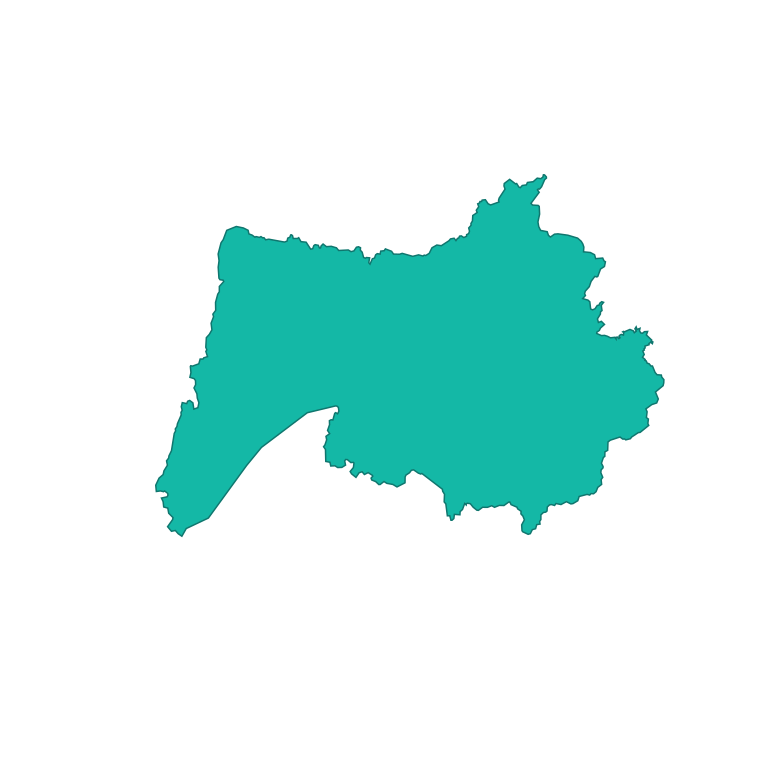 outline of Sangkhla Buri, Kanchanaburi, Thailand, rotated 230°
{"feature_id": "78962969B87118801609333", "entity_name": "Sangkhla Buri", "entity_type": "district", "adm_level": 2, "iso_a3": "THA", "parent_name": "Thailand", "parent_adm1": "Kanchanaburi", "projection": "albers", "projection_center": [98.539, 15.257], "detail": "fine", "context": "isolated", "style": "filled", "palette": "teal", "viewbox_px": 768, "rotation_deg": 230, "n_neighbors": 0, "source": "geoboundaries", "source_scale": "gbopen_adm2", "svg_char_len": 6159}
<svg xmlns="http://www.w3.org/2000/svg" viewBox="0 0 768 768"><g transform="rotate(230 384 384)"><path d="M599.6,372.1L602.8,362.3L597.9,353.6L596.9,349.9L590.2,340.5L584.5,336.9L580.1,332.1L571.2,325.6L569.3,325.4L566.9,327.5L565.5,327.1L564.6,320.6L560.5,317.1L559.7,314.4L554.8,307.4L548.6,302.4L547.5,297.8L545.1,296.7L541.7,290.6L536.1,287.0L534.3,282.1L533.7,277.7L526.7,271.1L524.0,270.2L523.5,268.5L518.4,266.4L519.9,262.8L519.5,261.4L521.3,259.2L518.5,255.1L520.8,248.8L522.2,247.7L521.9,246.9L516.8,243.4L513.9,239.6L510.1,242.0L507.8,241.8L504.6,239.3L503.1,235.9L496.8,234.4L493.2,231.9L488.7,230.2L485.5,226.2L487.0,222.2L492.4,225.5L496.3,224.6L497.0,222.5L495.8,220.3L499.4,217.5L496.9,214.1L493.6,212.5L492.8,210.3L490.6,208.7L486.4,200.3L484.5,198.0L483.7,195.2L482.0,194.2L481.0,191.6L469.5,178.3L467.2,173.1L465.7,171.4L464.9,168.0L461.0,165.9L458.9,159.6L456.6,156.6L456.5,151.2L453.2,144.1L448.0,140.5L445.8,144.0L443.2,145.9L443.1,147.2L439.2,148.0L437.6,146.9L437.0,145.3L439.7,140.2L435.9,139.2L431.4,136.2L427.9,138.6L423.4,136.0L417.3,136.5L416.0,134.9L413.8,126.5L407.8,126.5L405.9,130.0L401.6,130.1L397.3,131.3L400.4,139.6L394.2,163.3L409.9,226.4L414.2,249.4L411.3,306.8L398.4,332.7L397.4,333.7L395.4,334.0L392.2,332.0L391.0,329.3L393.1,328.6L393.2,327.4L389.3,321.7L390.6,320.5L391.0,318.6L387.8,316.1L384.7,310.9L380.9,310.5L381.2,305.9L378.1,304.2L375.3,299.6L374.8,297.4L371.5,297.1L362.1,289.6L358.8,292.3L355.4,290.5L352.8,293.9L349.8,294.8L347.2,298.1L346.6,302.4L350.4,304.5L350.8,306.1L349.7,307.3L345.1,308.1L343.7,310.1L342.8,310.2L339.7,306.9L338.7,301.8L336.0,301.4L330.5,302.5L332.0,307.9L330.8,310.8L327.3,310.8L326.3,314.9L321.4,316.4L320.6,316.1L320.2,313.6L318.3,312.9L314.6,314.9L310.3,315.4L309.5,316.4L309.3,321.3L306.1,322.3L301.4,326.2L296.8,327.8L294.8,336.6L299.2,340.4L300.1,342.3L299.6,346.5L300.3,349.5L299.2,351.5L293.7,353.0L291.4,354.3L291.1,355.5L265.9,361.1L264.1,360.0L260.7,359.5L255.0,354.3L252.4,354.3L242.3,347.8L240.8,349.7L236.6,347.7L235.9,348.5L236.0,351.0L238.9,354.1L235.0,358.1L237.3,360.3L237.4,363.4L240.6,369.0L238.5,369.2L239.4,370.2L239.0,371.3L236.8,373.2L232.3,373.1L227.7,374.0L226.5,375.1L226.2,380.3L223.0,384.0L221.5,388.3L218.5,389.4L216.9,394.3L213.8,397.8L213.4,403.5L212.7,404.5L209.9,403.8L204.1,406.7L202.5,406.1L198.4,407.2L196.5,405.4L193.5,405.5L189.7,404.2L187.6,398.9L182.9,395.4L181.6,395.3L176.2,397.8L175.3,399.9L177.1,404.0L175.7,407.1L178.1,410.6L176.4,413.5L178.6,414.8L179.3,417.0L182.9,420.1L183.1,423.6L181.9,425.5L181.9,427.2L184.8,430.0L185.0,433.1L184.0,434.8L181.3,436.6L181.9,438.9L177.9,442.1L176.6,448.1L172.0,450.1L170.9,451.9L170.0,457.4L172.4,461.2L168.9,468.6L166.7,470.2L167.0,472.1L165.2,474.0L165.2,477.2L167.4,481.3L167.2,486.2L171.2,488.9L171.9,491.6L176.7,493.1L178.6,495.1L179.0,497.9L180.0,498.8L183.5,499.6L186.7,504.8L186.6,506.6L190.0,509.6L189.4,512.7L195.6,518.3L195.5,521.2L191.7,530.7L188.3,531.5L187.2,533.0L185.8,533.3L183.7,537.6L184.2,539.6L183.3,547.5L182.3,549.1L182.1,560.2L184.1,560.7L187.2,564.0L189.6,563.4L193.6,567.7L196.6,568.6L196.1,575.9L194.2,580.7L196.2,584.5L203.4,586.8L203.3,596.7L205.0,599.0L207.4,601.2L210.7,601.2L212.6,602.2L215.6,599.1L218.6,599.1L225.2,601.2L226.1,600.1L229.1,600.1L230.8,599.0L233.1,599.7L234.5,599.1L234.9,599.8L238.3,599.2L239.3,602.3L242.9,603.4L242.7,605.2L243.7,605.6L243.8,607.2L245.3,608.3L243.7,612.3L244.7,613.0L244.5,615.1L242.4,615.5L243.4,617.0L245.0,616.1L245.5,617.3L252.9,616.5L254.8,619.7L256.7,617.1L256.7,614.7L257.9,613.6L260.5,613.8L262.1,615.9L263.1,612.9L265.7,613.9L265.0,611.7L262.3,611.2L262.4,608.7L264.3,609.2L267.7,607.5L269.5,601.6L270.4,601.2L270.5,600.4L269.4,600.8L267.6,598.9L269.5,597.6L269.8,595.8L269.5,594.7L267.7,594.5L267.8,593.1L270.0,592.9L270.7,591.6L269.4,590.7L271.5,590.7L273.8,587.2L277.0,585.8L279.5,584.2L281.3,581.7L286.0,579.4L286.9,580.4L286.6,583.4L287.7,585.7L287.9,591.2L292.3,590.8L293.3,587.8L296.7,589.4L298.4,594.6L300.2,596.4L300.1,598.2L304.6,601.0L305.4,604.7L307.1,603.7L307.2,601.2L306.2,599.4L307.1,597.8L306.0,594.0L306.7,591.5L308.6,590.5L314.7,594.5L317.1,594.2L321.7,591.1L322.3,595.2L324.2,595.7L325.7,597.8L326.6,603.8L329.5,608.6L330.9,614.6L329.2,615.9L329.0,616.9L332.9,623.8L332.3,628.4L335.3,632.2L336.9,631.7L339.9,632.5L344.0,626.7L347.7,628.4L352.1,626.6L357.0,621.8L360.4,625.1L363.4,626.3L366.5,626.8L371.3,626.1L379.8,620.5L387.2,613.8L389.2,610.9L389.6,606.0L392.1,605.5L395.8,606.9L401.0,602.7L405.1,603.7L409.2,606.1L414.1,612.4L420.3,617.1L421.7,616.9L425.6,612.8L427.9,612.7L431.1,626.1L434.1,626.3L434.2,627.6L433.3,628.5L433.8,631.5L437.3,638.5L437.3,640.8L438.3,641.5L441.0,641.4L441.8,640.6L440.4,638.7L440.5,636.1L443.2,633.7L443.1,628.3L446.2,623.4L445.0,621.1L447.2,617.5L446.8,614.6L448.2,613.9L452.3,614.5L452.7,613.4L460.0,611.8L460.3,605.0L458.6,603.2L455.5,602.0L452.4,591.7L451.1,589.8L449.5,589.1L452.6,580.8L455.1,579.6L460.0,580.1L461.8,577.4L461.1,576.1L462.1,574.8L461.3,573.6L461.8,571.6L458.9,570.5L457.8,566.4L455.5,565.6L456.0,560.3L452.0,556.5L451.1,553.8L449.6,552.7L449.1,549.2L446.1,547.7L444.8,545.5L445.3,543.3L444.1,542.2L444.9,539.3L447.8,538.4L448.7,536.9L447.8,535.1L448.3,533.9L447.6,531.3L450.6,531.4L452.4,528.2L452.0,525.8L453.1,516.8L456.5,513.8L457.5,508.3L455.0,502.6L455.6,498.6L456.9,497.6L457.0,496.1L460.7,493.5L463.3,488.1L472.4,481.9L473.4,479.3L477.4,474.8L480.8,475.1L486.6,471.9L486.0,469.8L487.9,466.9L486.0,464.5L488.2,462.6L488.3,460.6L486.6,457.7L487.4,455.6L484.8,450.3L486.7,450.3L489.9,454.1L492.2,451.8L492.3,450.6L494.0,449.7L499.0,452.0L501.7,451.9L503.5,453.6L505.5,452.7L506.5,450.8L505.3,446.5L506.6,443.8L509.6,442.8L515.4,435.1L518.9,435.1L523.4,432.1L526.2,428.2L530.4,427.3L530.2,424.6L529.0,422.8L529.7,422.0L532.5,422.8L535.0,420.8L535.1,419.2L533.5,416.4L534.4,414.5L542.7,415.5L546.4,411.9L550.9,412.7L551.1,411.3L553.8,408.0L556.5,409.3L557.8,409.0L558.2,408.3L557.0,406.3L557.6,404.0L555.8,401.6L556.7,399.0L569.0,388.8L570.6,386.0L573.2,386.1L574.0,385.0L576.0,384.5L576.4,382.8L579.2,380.7L579.4,379.5L582.8,378.7L585.8,377.0L589.1,378.7L593.9,376.6L599.6,372.1Z" fill="#14b8a6" stroke="#0f766e" stroke-width="1.5"/></g></svg>